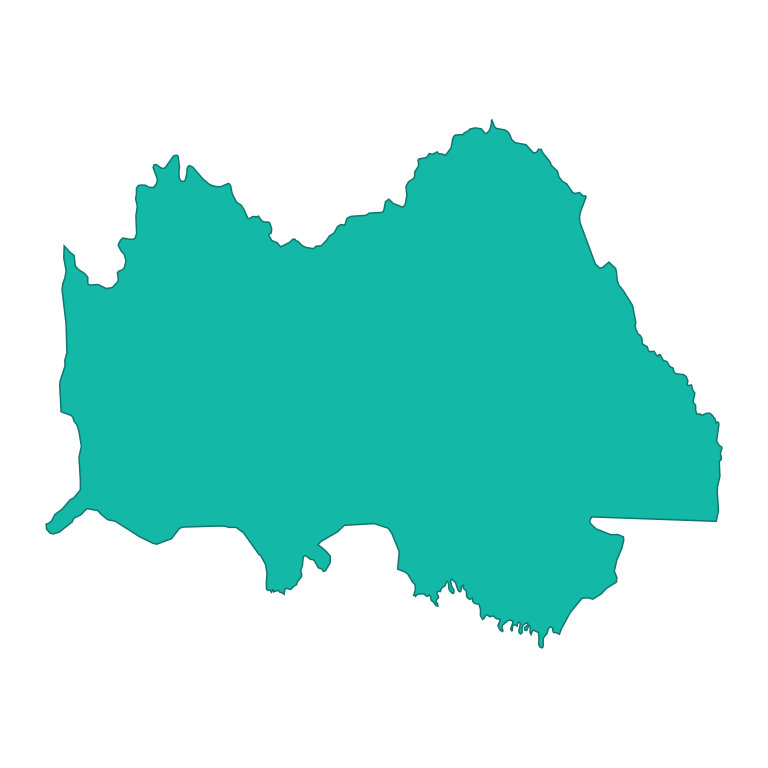 the district of Punia, Maniema, Democratic Republic of the Congo
{"feature_id": "63176286B1925057871065", "entity_name": "Punia", "entity_type": "district", "adm_level": 2, "iso_a3": "COD", "parent_name": "Democratic Republic of the Congo", "parent_adm1": "Maniema", "projection": "equal_earth", "projection_center": [26.813, -1.707], "detail": "fine", "context": "isolated", "style": "filled", "palette": "teal", "viewbox_px": 768, "rotation_deg": 0, "n_neighbors": 0, "source": "geoboundaries", "source_scale": "gbopen_adm2", "svg_char_len": 6083}
<svg xmlns="http://www.w3.org/2000/svg" viewBox="0 0 768 768"><path d="M413.7,595.3L415.0,595.2L415.4,596.4L417.3,594.4L422.3,593.7L423.6,593.8L426.9,596.4L429.3,595.1L430.3,596.1L431.4,600.6L433.7,602.2L435.9,605.6L437.8,606.2L437.6,603.3L436.5,603.2L435.9,601.5L436.7,599.5L438.4,597.9L438.5,596.4L436.8,593.7L437.8,591.3L440.3,591.6L441.4,588.4L445.1,585.6L446.8,581.3L447.8,581.8L448.7,584.0L448.7,587.6L449.6,590.6L452.4,593.4L453.4,593.3L454.0,592.3L454.0,590.2L451.7,586.3L450.6,580.7L451.5,578.9L455.5,582.7L458.0,590.3L458.9,591.4L459.8,591.8L460.9,591.1L461.4,586.7L463.0,585.3L463.5,588.5L466.4,591.1L466.7,596.5L467.7,597.9L469.6,599.4L472.4,598.2L472.7,601.2L474.5,603.3L479.1,604.4L480.5,609.5L480.4,615.5L482.5,619.4L484.2,618.5L485.6,615.2L486.9,614.8L490.0,616.9L491.5,616.0L493.7,616.3L496.1,618.5L499.7,619.4L500.0,620.7L497.9,625.7L500.0,630.0L502.4,631.6L503.0,630.8L502.0,627.2L502.2,625.4L508.1,620.5L509.7,620.1L512.6,621.0L512.6,623.4L510.6,628.9L511.5,630.8L512.3,630.6L512.5,626.6L513.2,625.1L514.7,624.7L517.1,626.1L517.8,623.0L519.0,622.2L520.4,623.7L518.8,631.0L519.4,633.0L520.6,634.0L522.1,632.7L522.1,627.9L523.0,625.1L525.7,623.4L527.7,623.2L528.0,624.9L524.5,627.5L524.8,630.2L526.7,630.5L528.7,625.9L529.7,625.6L530.2,626.6L530.0,632.5L531.1,634.5L532.1,631.4L533.2,630.1L538.4,632.5L539.0,637.7L538.7,644.2L539.8,646.9L541.9,647.9L542.8,647.3L543.2,645.5L543.2,639.7L543.8,637.3L546.9,633.7L548.3,628.8L549.7,627.3L551.1,627.0L552.8,628.2L552.7,630.3L553.5,632.5L556.2,632.7L559.4,634.2L561.7,628.2L570.2,612.6L582.0,598.3L587.5,597.8L593.0,599.1L601.3,593.8L606.6,588.3L616.5,582.0L616.8,577.4L614.3,571.1L616.7,560.4L621.8,548.3L623.8,540.2L623.4,536.9L617.9,534.6L610.5,534.6L596.1,528.9L590.8,523.9L589.6,521.0L591.7,516.9L716.2,521.3L718.5,510.6L717.3,492.5L717.5,486.8L719.9,476.3L719.3,461.7L721.2,459.4L721.4,457.4L720.3,453.5L721.9,448.4L721.7,446.9L719.5,445.7L717.0,442.0L716.7,440.1L718.9,424.7L718.6,422.6L717.4,422.0L716.0,422.9L715.1,419.1L711.8,414.8L709.5,413.2L706.7,413.2L701.5,415.4L700.3,413.9L697.1,414.3L695.7,410.7L695.6,405.3L693.3,402.3L693.2,400.9L694.8,393.8L694.6,392.6L693.0,390.6L691.4,384.9L688.2,385.7L687.1,384.2L687.9,381.1L686.3,376.6L683.5,374.6L675.7,373.7L674.0,372.0L673.1,368.1L669.8,366.5L666.8,361.5L663.3,360.4L660.1,354.7L658.7,354.8L657.8,356.1L656.5,355.5L654.1,351.3L649.6,351.7L648.3,350.3L647.2,346.7L642.9,344.3L642.2,342.8L641.9,338.2L639.8,334.9L638.3,334.5L635.9,329.2L635.2,326.4L635.8,322.4L632.5,305.4L623.4,290.8L618.6,284.8L617.2,280.2L616.4,271.6L615.5,268.3L608.9,262.1L602.3,267.7L599.5,267.9L595.3,263.9L579.9,222.2L579.5,216.9L580.4,212.1L586.1,196.9L585.5,195.9L583.0,195.9L579.4,192.5L575.2,193.5L572.8,192.7L566.8,184.0L562.3,181.1L559.0,177.1L557.5,171.3L551.4,165.4L550.0,161.8L542.7,152.7L541.2,149.4L538.3,149.3L537.5,151.4L535.6,152.7L533.4,152.9L526.0,144.7L515.1,142.7L511.7,139.6L509.6,134.3L507.8,131.8L504.8,129.9L496.3,128.4L494.5,126.6L491.9,120.1L491.3,121.1L491.5,123.3L490.6,127.2L489.1,130.8L486.4,133.5L485.1,133.4L481.3,128.8L475.2,127.9L470.2,128.9L467.9,131.1L464.4,132.8L462.9,134.6L455.6,135.0L453.9,136.2L452.9,138.2L451.0,148.0L445.5,155.3L442.0,154.0L438.6,153.8L437.3,151.9L432.3,154.3L429.3,153.5L426.6,157.5L419.0,158.9L417.9,160.3L418.7,164.0L418.3,166.4L414.7,171.8L414.6,176.9L413.5,178.5L408.5,181.8L406.0,186.4L406.8,195.1L405.4,203.9L403.0,207.3L393.3,203.5L388.9,199.2L385.5,201.6L383.8,210.5L382.4,212.4L369.3,213.1L365.6,215.4L351.4,216.3L347.9,217.7L346.7,218.9L344.8,225.2L340.9,224.5L337.6,226.5L334.0,233.1L329.2,236.1L326.9,239.9L321.1,245.9L316.2,246.1L313.4,248.6L306.5,247.6L301.9,245.5L298.1,241.4L296.3,241.0L295.0,239.3L292.8,239.2L289.6,242.4L280.5,246.8L277.3,242.8L271.8,240.5L268.8,235.4L269.0,234.2L271.1,233.2L271.6,230.5L271.5,227.9L269.9,223.3L268.6,222.1L263.3,221.9L260.6,219.5L258.6,216.1L257.1,216.8L252.9,216.5L249.2,218.7L247.9,218.3L243.7,209.0L241.4,205.4L236.5,202.1L232.2,193.7L230.6,185.7L228.7,183.3L221.0,186.6L216.8,186.7L211.8,185.5L208.6,183.8L202.9,178.9L192.8,167.2L190.2,165.9L188.4,166.0L187.2,168.2L186.8,173.6L185.3,179.8L184.2,181.3L181.3,181.3L179.2,178.3L178.9,172.1L179.5,167.1L178.2,156.6L177.0,155.3L175.0,155.4L173.4,156.1L165.3,167.6L163.6,168.4L161.5,168.2L156.1,164.5L154.0,164.8L153.1,167.4L157.5,179.6L156.1,184.8L155.0,185.3L154.0,187.5L148.9,187.3L145.7,185.3L140.9,185.0L138.3,185.6L136.5,188.2L136.4,194.4L135.6,198.6L137.3,206.3L135.9,215.8L136.6,233.4L135.3,237.7L133.8,239.1L130.6,239.4L122.9,238.0L120.7,240.0L118.4,244.1L118.4,245.8L121.6,251.7L124.3,254.4L126.0,261.1L124.3,267.7L122.1,270.0L118.8,271.2L117.4,272.6L118.3,279.4L117.8,281.7L112.2,287.6L106.2,288.5L98.0,284.5L89.4,285.1L88.4,284.3L87.7,282.9L87.8,277.3L84.7,273.6L78.2,269.3L75.3,265.9L74.1,255.5L70.4,252.6L64.2,245.9L63.8,258.2L66.1,270.8L65.0,277.5L62.8,283.7L62.1,290.1L66.1,324.1L66.9,352.4L64.9,360.0L65.0,366.1L60.2,380.9L59.7,384.9L61.1,411.7L71.2,415.5L72.7,417.1L74.1,421.2L77.0,425.1L79.0,431.6L81.4,446.3L79.0,457.0L80.4,480.6L80.3,490.0L73.8,497.9L70.1,499.8L62.1,509.2L55.0,514.4L51.4,521.2L48.6,523.3L46.1,524.1L46.6,529.2L49.8,532.9L52.9,534.0L59.1,532.2L72.1,522.0L73.6,518.8L74.7,517.8L80.6,515.0L87.0,508.6L97.8,510.6L101.3,514.5L107.9,519.8L115.3,521.2L139.7,536.8L153.0,543.3L156.8,544.2L171.7,538.6L179.3,528.5L182.8,527.1L218.3,526.0L224.7,526.1L229.0,527.4L236.2,527.4L243.6,532.9L258.7,554.1L260.9,556.0L265.6,564.5L267.0,573.4L266.3,582.3L266.5,589.1L267.9,590.4L269.7,590.0L271.5,592.3L272.4,589.8L273.2,589.7L273.6,591.8L278.5,590.4L280.0,592.3L281.9,592.6L284.1,594.3L284.8,589.6L286.2,588.2L290.6,589.5L294.4,585.8L296.5,584.8L297.0,582.5L301.5,576.5L301.7,574.9L300.7,570.4L302.4,565.5L303.1,558.5L304.0,556.0L305.7,555.6L310.2,559.2L313.0,559.7L314.4,560.7L318.4,567.9L321.8,568.9L323.4,571.4L325.5,570.7L330.1,563.0L330.3,556.2L326.1,551.2L317.9,544.5L321.8,540.9L337.3,532.0L344.4,525.3L374.2,523.6L388.2,528.2L391.9,533.6L399.2,551.5L397.7,569.1L405.3,572.1L408.0,574.3L412.2,581.6L415.1,584.9L415.4,589.6L413.7,595.3Z" fill="#14b8a6" stroke="#0f766e" stroke-width="1.5"/></svg>